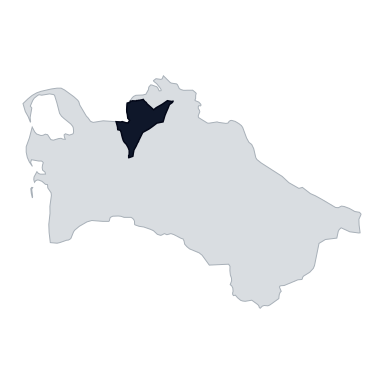 Gubadag, Tashauz, Turkmenistan shown in context
{"feature_id": "10190150B74382957458545", "entity_name": "Gubadag", "entity_type": "district", "adm_level": 2, "iso_a3": "TKM", "parent_name": "Turkmenistan", "parent_adm1": "Tashauz", "projection": "orthographic", "projection_center": [57.511, 41.081], "detail": "fine", "context": "in_parent", "style": "filled", "palette": "ink", "viewbox_px": 384, "rotation_deg": 0, "n_neighbors": 0, "source": "geoboundaries", "source_scale": "gbopen_adm2", "svg_char_len": 4718}
<svg xmlns="http://www.w3.org/2000/svg" viewBox="0 0 384 384"><path d="M103.2,120.8L121.7,122.1L127.4,122.9L129.8,120.2L129.7,119.6L128.8,119.0L127.4,117.1L126.3,104.5L127.9,102.7L129.7,101.4L132.4,97.5L133.8,96.3L135.9,95.3L142.9,95.0L145.9,94.2L148.4,89.7L148.8,87.1L150.7,84.9L151.8,85.0L156.6,86.7L157.6,87.6L159.2,90.9L161.0,90.7L161.2,90.2L161.0,89.4L159.7,87.4L156.7,83.7L153.8,81.4L153.5,80.6L156.0,78.7L160.9,79.4L162.2,78.8L163.4,75.8L170.1,82.4L171.3,83.1L176.6,83.9L177.5,84.8L179.3,88.6L181.1,89.6L183.4,90.3L192.7,90.2L195.7,92.7L196.2,93.4L195.7,95.2L195.6,98.7L194.9,100.1L195.4,100.7L198.8,102.1L200.8,104.3L201.0,105.2L200.5,105.9L198.9,105.6L198.2,106.7L198.3,108.5L199.4,110.2L199.8,111.8L198.3,115.5L198.3,117.0L198.9,117.8L207.5,123.1L208.9,123.2L217.1,121.9L218.7,122.4L225.9,123.4L227.9,123.1L229.2,121.3L230.5,120.5L231.7,120.4L235.2,121.4L238.9,123.6L241.4,125.6L242.7,127.5L246.6,138.1L249.0,142.4L251.7,144.5L253.7,148.6L255.8,157.7L256.9,159.5L261.1,162.9L282.3,176.5L288.9,182.7L298.9,188.4L302.4,187.4L310.4,193.6L315.4,195.8L321.9,199.4L335.6,207.5L338.4,207.7L341.4,206.1L344.2,206.5L349.3,208.4L354.8,211.5L359.4,212.3L360.8,213.7L361.0,214.5L358.9,219.3L359.1,225.1L360.1,232.8L358.9,233.0L349.8,231.8L341.1,227.8L339.2,229.6L338.3,231.2L336.8,238.1L325.4,239.5L319.0,243.4L314.5,265.6L313.3,268.4L309.8,272.2L303.4,276.2L302.5,277.7L302.3,279.0L301.5,279.5L297.9,279.8L284.2,285.5L281.1,285.7L279.9,286.1L279.4,287.0L281.2,291.3L280.0,292.6L279.2,294.8L278.8,298.6L269.8,305.0L267.9,305.8L264.1,305.5L262.2,306.2L260.3,308.2L259.4,307.7L258.8,305.8L257.8,304.6L251.8,300.2L245.2,301.3L242.6,301.0L240.6,300.3L237.5,297.7L235.4,295.2L233.4,295.6L232.7,294.4L232.6,293.0L233.1,291.3L232.8,288.0L231.6,285.7L230.2,284.7L231.6,280.9L231.5,278.1L230.4,275.1L229.9,270.7L230.0,266.3L228.6,264.2L209.3,265.1L202.1,255.2L199.2,252.9L189.6,248.9L186.9,246.7L184.7,244.2L184.0,240.8L182.9,238.8L181.4,238.5L173.9,234.6L170.9,233.6L166.9,234.7L164.4,233.6L161.6,235.1L160.4,235.3L157.3,234.3L153.5,230.7L150.4,229.3L143.8,227.0L139.1,226.3L135.1,224.9L134.6,224.4L134.5,221.3L134.0,220.0L132.8,218.5L131.2,217.4L124.2,217.4L121.0,216.3L118.4,216.0L112.8,216.2L111.0,217.0L110.0,218.0L109.3,220.9L108.7,221.4L103.3,221.4L91.8,220.5L86.9,221.9L79.3,226.3L74.9,230.0L73.6,231.7L70.9,238.4L69.7,239.4L68.2,240.1L66.7,240.2L59.8,242.6L57.1,243.2L50.3,242.6L49.1,232.4L48.8,224.4L50.0,213.4L49.9,206.3L51.4,195.5L51.1,192.8L47.8,187.9L47.5,184.6L45.4,184.3L42.1,181.4L38.9,180.1L37.2,180.0L35.7,180.7L34.5,182.3L33.8,179.7L34.0,177.1L36.9,171.7L38.4,173.4L40.4,174.2L45.5,174.1L45.1,172.2L42.6,170.1L42.2,167.7L42.5,165.1L43.3,162.7L42.5,161.7L41.4,161.0L38.6,161.0L31.5,159.7L30.6,162.5L32.4,166.4L29.3,161.9L27.3,157.4L26.2,152.2L26.2,146.7L29.4,137.9L32.2,127.1L34.7,131.9L36.6,134.0L40.9,135.5L43.0,135.3L45.3,134.2L47.6,134.7L50.8,139.6L53.3,140.2L58.5,138.6L61.0,138.3L63.1,139.2L65.3,139.3L64.4,137.0L64.1,134.9L65.4,133.8L69.4,135.1L72.7,134.0L73.3,133.4L73.6,131.6L73.3,127.8L72.6,126.2L70.8,124.0L63.9,118.4L61.5,116.2L59.6,113.4L56.8,102.5L54.6,95.5L53.7,94.6L49.6,93.9L41.7,95.2L39.0,94.7L37.7,95.4L34.3,98.1L32.7,100.5L30.3,106.1L31.8,108.0L30.1,117.6L30.6,121.7L30.3,122.0L28.2,116.7L25.3,111.5L23.0,103.6L28.0,98.8L32.2,95.4L36.6,92.9L41.1,91.3L51.2,89.0L56.8,88.2L61.2,88.2L64.6,90.0L73.7,96.6L77.7,100.2L78.8,101.7L79.8,105.1L86.4,116.2L88.0,117.8L90.5,121.3L93.1,122.4L103.2,120.8ZM32.6,196.5L32.4,198.0L31.3,193.5L30.8,188.7L31.7,187.4L32.7,187.5L31.7,189.2L32.6,196.5Z" fill="#d9dde1" stroke="#a8b0b8" stroke-width="1"/><path d="M170.7,101.3L167.4,100.7L162.2,104.3L156.2,107.7L153.7,109.8L147.2,104.0L146.1,102.4L144.7,101.4L143.2,99.4L142.4,99.7L141.3,99.9L140.7,100.0L140.0,100.3L139.2,100.3L138.8,100.3L138.7,100.5L136.5,100.6L136.4,100.6L136.2,101.0L132.4,100.8L132.2,101.2L130.4,101.1L129.9,102.5L127.2,103.1L126.9,106.4L126.7,109.5L126.8,112.0L127.5,114.7L127.8,118.2L129.7,120.3L128.1,122.9L126.1,122.8L122.2,121.6L120.8,122.0L116.1,121.7L117.0,124.9L117.6,127.3L117.6,128.2L117.8,129.7L120.3,130.3L121.0,131.9L121.3,132.8L121.9,135.7L122.5,137.9L122.5,138.0L123.4,140.7L124.4,142.3L126.4,144.4L128.2,147.6L129.2,150.3L129.2,152.1L129.3,152.2L129.2,152.9L129.2,154.6L129.1,154.8L128.7,155.3L128.7,157.5L128.8,157.7L129.1,157.6L132.8,156.3L132.9,156.2L133.3,153.4L133.9,150.1L134.0,149.9L134.4,149.2L135.9,146.5L136.3,145.7L137.5,143.0L138.5,141.5L138.5,141.4L138.7,140.6L142.7,132.5L143.3,132.1L144.6,131.4L149.1,128.9L152.6,126.4L156.9,123.1L159.8,122.5L163.0,121.9L163.6,120.0L164.9,115.5L166.6,111.4L168.1,108.0L169.4,104.6L172.3,102.5L173.0,101.5L173.0,101.2L172.9,101.2L172.2,101.4L171.8,101.5L170.7,101.3Z" fill="#0f172a" stroke="#020617" stroke-width="1.5"/></svg>